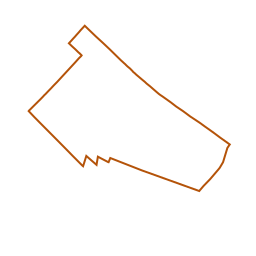 Negoi, Dolj, Romania (Equal Earth projection), rotated 306°
{"feature_id": "2599482B37503809350208", "entity_name": "Negoi", "entity_type": "district", "adm_level": 2, "iso_a3": "ROU", "parent_name": "Romania", "parent_adm1": "Dolj", "projection": "equal_earth", "projection_center": [23.369, 43.899], "detail": "fine", "context": "isolated", "style": "outline", "palette": "amber", "viewbox_px": 256, "rotation_deg": 306, "n_neighbors": 0, "source": "geoboundaries", "source_scale": "gbopen_adm2", "svg_char_len": 1422}
<svg xmlns="http://www.w3.org/2000/svg" viewBox="0 0 256 256"><g transform="rotate(306 128 128)"><path d="M174.5,220.0L174.4,208.5L174.5,200.3L174.4,189.2L174.4,182.8L173.9,171.5L174.0,162.5L173.7,154.5L173.9,147.3L173.8,137.3L173.7,134.9L173.7,133.1L173.9,130.4L174.3,125.7L174.7,121.2L174.9,116.8L175.2,114.7L175.5,110.1L175.7,107.4L175.9,104.7L176.0,103.3L176.1,102.6L176.3,101.2L176.4,99.2L176.7,98.2L177.3,94.7L177.5,91.4L177.8,89.2L178.0,88.3L178.1,86.9L178.3,85.3L178.6,82.5L179.0,79.8L179.4,77.1L180.9,67.0L182.1,57.7L183.2,48.0L184.4,39.3L185.3,32.9L184.4,32.8L182.7,32.6L179.5,32.2L178.1,32.1L176.7,32.0L174.8,31.8L172.9,31.6L170.5,31.4L168.2,31.1L165.2,30.8L162.6,30.5L161.8,30.4L161.2,34.7L160.7,39.2L160.0,43.8L160.0,44.2L160.0,44.8L159.9,45.4L159.8,45.6L159.8,46.0L159.7,46.2L159.7,46.3L159.7,46.6L159.7,46.8L159.5,47.8L158.5,47.8L155.7,47.3L149.9,46.7L131.3,44.5L123.5,43.6L118.9,42.9L114.1,42.3L111.4,41.9L109.1,41.6L107.6,41.4L106.8,41.3L105.5,41.0L103.5,40.8L100.0,40.3L95.7,39.6L91.4,38.9L85.1,37.9L84.0,37.7L83.3,37.7L81.8,45.7L80.5,53.5L77.0,75.2L74.8,88.6L72.8,100.4L72.3,103.6L70.8,112.8L70.7,114.1L73.5,113.2L80.9,110.7L80.4,116.1L79.7,124.2L82.9,122.6L87.1,120.5L87.4,122.8L88.8,132.2L88.9,132.4L92.5,131.5L93.3,131.3L101.9,164.3L118.9,222.7L119.6,222.7L125.7,223.2L134.9,224.5L147.6,225.5L149.7,225.6L156.2,225.0L170.3,220.1L174.5,220.0Z" fill="none" stroke="#b45309" stroke-width="2"/></g></svg>